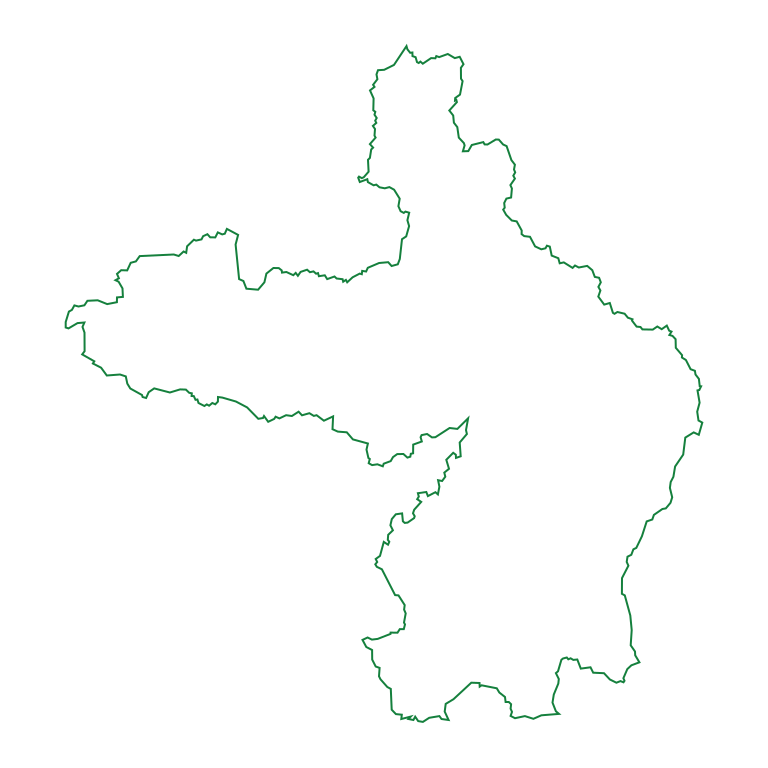 Chimaltitán, Jalisco, Mexico (Albers equal-area conic projection)
{"feature_id": "50627088B46127437383593", "entity_name": "Chimaltitán", "entity_type": "district", "adm_level": 2, "iso_a3": "MEX", "parent_name": "Mexico", "parent_adm1": "Jalisco", "projection": "albers", "projection_center": [-103.699, 21.741], "detail": "fine", "context": "isolated", "style": "outline", "palette": "green", "viewbox_px": 768, "rotation_deg": 0, "n_neighbors": 0, "source": "geoboundaries", "source_scale": "gbopen_adm2", "svg_char_len": 6063}
<svg xmlns="http://www.w3.org/2000/svg" viewBox="0 0 768 768"><path d="M68.9,311.6L65.7,322.0L65.7,327.5L68.5,328.4L77.5,323.1L84.4,322.5L82.5,326.9L84.5,332.6L84.6,351.2L82.2,354.4L94.3,361.3L92.9,363.5L101.1,367.7L106.8,375.5L120.0,374.5L125.8,376.4L127.3,383.6L130.3,388.5L142.0,395.0L142.6,397.0L146.1,398.0L148.7,392.2L154.2,388.4L169.9,392.5L180.1,389.4L185.9,389.6L189.2,392.8L191.8,393.3L191.6,396.0L193.8,396.1L195.5,399.8L197.4,399.5L198.5,403.0L204.4,406.0L206.8,404.4L209.1,405.7L212.3,403.0L215.3,404.3L217.9,401.6L218.0,397.0L222.4,397.6L235.9,401.5L247.1,407.4L258.3,418.8L263.0,418.0L264.0,416.0L268.2,421.8L274.2,418.9L275.6,416.7L279.4,418.4L286.1,415.2L291.9,416.0L298.6,411.7L302.0,415.3L309.4,413.2L313.8,415.9L316.6,415.2L323.9,420.7L333.1,416.4L332.5,429.2L337.8,431.6L346.8,432.3L352.9,439.4L367.9,443.5L366.5,449.6L368.4,458.0L369.8,459.0L368.7,463.2L372.1,465.1L377.4,464.3L382.8,466.3L383.7,463.7L390.7,461.1L393.0,457.1L397.2,454.1L403.4,454.0L407.4,457.6L410.3,456.7L410.8,453.8L413.1,453.3L413.2,444.6L421.8,441.5L420.6,437.2L421.6,435.1L427.1,434.0L432.0,437.4L435.4,437.2L449.6,428.0L457.4,428.9L468.1,418.3L466.0,430.1L466.9,434.0L459.7,442.5L460.7,456.3L456.0,457.9L455.8,454.7L453.2,452.8L446.3,459.8L449.0,468.8L444.3,472.6L445.3,476.7L442.1,481.0L438.1,480.2L439.4,486.7L437.9,494.4L435.4,492.2L427.9,496.1L426.3,492.0L417.9,493.2L418.8,496.6L417.2,499.2L421.2,501.9L414.2,509.7L413.0,513.3L414.7,516.2L414.1,518.1L407.6,522.6L404.7,522.9L402.9,521.3L402.1,513.4L395.8,514.3L391.8,519.1L390.4,525.3L392.9,530.3L388.2,534.8L387.8,539.8L389.3,541.8L388.0,544.7L383.8,541.9L380.0,555.9L375.7,559.0L377.2,562.0L375.3,564.3L376.8,566.8L381.9,569.3L395.1,595.1L398.5,595.4L404.7,605.1L404.1,609.6L405.7,613.4L404.0,622.6L405.0,624.4L403.8,629.1L399.8,629.1L397.5,632.7L390.6,632.6L390.5,633.9L377.7,638.9L371.9,639.6L367.6,637.5L362.5,639.9L366.3,647.0L372.1,650.0L372.2,659.6L375.7,666.5L379.6,667.9L379.0,676.3L380.5,679.3L387.3,687.0L390.8,688.9L391.7,709.7L395.9,714.1L401.8,714.7L401.3,719.0L410.7,716.6L408.4,719.0L413.4,720.0L415.2,716.7L418.2,721.1L422.9,721.9L429.2,717.8L439.4,716.1L441.5,719.0L448.6,720.0L444.7,711.6L445.7,703.9L453.5,699.2L471.3,682.7L479.5,683.0L479.7,686.6L481.6,685.3L496.8,688.3L499.3,692.5L505.0,697.0L505.6,702.0L508.8,702.0L511.1,704.2L510.6,708.7L512.0,711.9L510.6,715.9L515.0,718.2L524.9,716.1L533.4,718.8L541.4,715.3L559.0,713.9L555.9,711.3L552.5,702.6L553.8,694.5L558.3,683.6L558.8,679.0L555.9,673.1L558.0,671.3L561.4,659.8L563.0,658.5L566.8,657.5L568.3,659.3L570.6,658.3L573.3,659.9L577.3,659.5L580.8,668.6L590.5,667.3L593.2,672.7L604.0,673.2L609.9,679.5L616.4,682.7L620.5,681.1L623.5,682.3L624.5,680.8L623.4,678.2L627.3,669.1L631.4,665.3L639.4,662.3L635.2,655.3L635.0,651.5L630.7,645.3L631.7,630.1L630.3,615.5L624.8,595.4L621.9,593.8L622.0,578.1L628.4,565.7L626.7,561.9L627.5,556.7L631.3,554.8L633.4,549.3L636.3,547.9L641.9,536.3L646.7,521.4L652.3,519.5L653.9,514.9L662.4,509.0L665.8,508.4L670.5,502.8L672.2,497.3L669.9,487.9L670.7,482.0L673.4,476.8L675.1,466.5L683.2,454.6L685.3,437.6L693.7,432.4L698.8,434.8L702.3,422.6L698.5,420.5L697.2,411.7L699.6,402.7L697.5,390.4L699.3,390.0L701.1,386.3L699.7,386.1L698.9,378.9L695.5,374.5L694.9,370.8L690.6,369.2L685.9,360.0L681.9,357.5L682.1,355.2L675.8,347.8L675.6,339.2L672.5,335.9L669.4,335.0L671.5,331.6L669.2,330.7L666.8,325.6L661.7,329.2L657.3,326.5L652.8,329.6L642.4,329.4L640.5,327.0L636.6,326.6L632.0,320.6L632.5,319.3L627.9,317.7L624.6,313.7L617.4,312.0L614.5,313.8L612.9,312.8L609.8,303.0L604.2,304.6L598.3,296.6L600.4,290.5L598.4,286.9L600.8,282.3L599.1,277.8L594.8,276.9L592.3,270.2L587.2,265.9L578.8,267.5L575.0,265.5L572.6,267.9L563.8,262.4L559.7,263.3L558.3,258.2L551.7,255.6L549.8,246.6L546.9,245.7L545.5,248.3L541.3,249.3L535.1,246.4L530.0,236.8L524.2,236.1L521.6,234.1L521.7,230.5L516.7,221.4L511.8,220.5L506.2,214.9L503.2,209.6L504.7,207.7L504.2,203.0L506.4,198.6L511.1,197.5L511.9,188.5L510.4,185.1L514.9,178.6L513.3,175.7L515.2,172.4L514.0,169.5L514.9,164.7L511.4,160.1L506.6,146.1L503.1,144.5L498.8,139.6L495.8,139.5L487.5,144.5L484.6,144.4L483.3,142.1L471.8,145.0L468.3,151.1L462.9,151.3L464.6,145.4L463.9,143.1L458.8,137.6L457.3,127.1L453.9,122.7L453.2,115.5L449.3,110.5L456.9,102.1L456.3,99.9L455.0,100.6L455.2,98.0L460.0,94.6L462.6,81.1L461.0,78.7L460.9,67.8L463.5,64.2L459.7,56.8L454.8,58.1L447.8,54.0L439.2,57.1L436.3,56.1L435.4,58.3L431.1,58.1L422.8,63.7L420.4,61.6L418.7,63.0L417.0,62.1L415.6,57.2L412.5,56.1L412.4,52.5L410.2,52.8L407.4,49.3L406.5,46.1L394.0,64.9L384.2,69.8L378.0,70.2L376.5,74.4L377.4,79.2L373.1,84.8L374.5,86.9L370.0,90.4L373.6,98.4L373.3,110.3L375.3,111.8L374.5,114.7L376.7,118.0L375.2,120.7L376.3,122.9L372.9,125.9L375.0,129.0L374.5,135.6L375.6,137.6L369.9,144.1L373.1,147.6L371.2,149.5L369.9,157.9L368.0,159.8L368.6,171.7L363.7,177.3L361.8,178.1L359.0,176.6L358.2,177.7L359.8,182.0L367.3,179.2L367.9,182.1L373.6,185.3L376.3,184.6L379.5,187.3L384.8,188.3L389.4,187.1L394.1,189.7L399.7,198.7L398.4,206.2L400.6,211.2L403.8,212.9L405.4,211.6L409.2,212.7L407.4,220.2L409.1,226.1L406.2,236.4L402.0,239.2L399.8,259.0L397.8,264.3L391.6,266.0L388.2,262.2L379.1,263.0L367.8,267.8L366.1,271.5L362.2,270.9L361.8,274.2L359.7,273.6L352.6,277.3L347.2,282.3L345.9,279.9L343.2,281.7L342.6,279.2L336.6,278.5L334.5,276.5L327.2,279.1L324.8,275.3L318.9,276.2L318.0,273.1L316.1,273.7L313.5,271.4L309.9,272.2L307.1,269.7L300.6,271.9L297.9,275.8L295.7,272.9L293.3,275.2L286.4,272.0L282.0,272.6L281.7,270.4L278.8,268.1L273.4,268.0L266.4,273.6L264.4,282.3L258.1,289.7L246.4,288.7L243.4,281.0L239.1,279.1L235.6,244.5L238.1,234.9L226.9,228.9L224.8,233.7L222.2,234.4L217.8,232.4L215.3,237.4L210.2,237.3L207.4,234.2L203.1,236.2L201.5,239.4L196.0,240.6L193.9,239.7L187.1,246.3L186.2,252.8L183.6,251.5L178.7,256.0L173.8,254.5L139.7,256.1L135.9,261.4L130.7,262.8L127.2,270.4L121.2,270.2L117.0,273.9L118.9,278.3L115.5,280.2L118.6,281.7L122.5,288.4L122.9,296.9L117.0,297.4L116.9,302.2L107.2,304.1L97.7,300.3L87.4,300.8L84.4,305.3L78.5,306.5L74.4,305.4L71.9,309.9L68.9,311.6Z" fill="none" stroke="#15803d" stroke-width="2"/></svg>